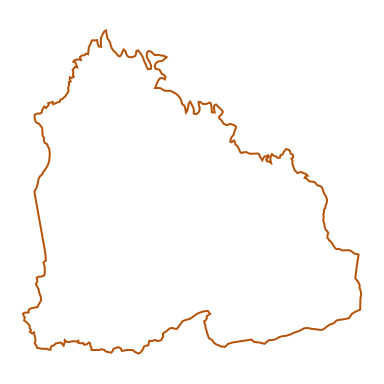 outline of Planalto da Serra, Mato Grosso, Brazil
{"feature_id": "56859067B32925351179449", "entity_name": "Planalto da Serra", "entity_type": "district", "adm_level": 2, "iso_a3": "BRA", "parent_name": "Brazil", "parent_adm1": "Mato Grosso", "projection": "robinson", "projection_center": [-54.674, -14.541], "detail": "fine", "context": "isolated", "style": "outline", "palette": "amber", "viewbox_px": 384, "rotation_deg": 0, "n_neighbors": 0, "source": "geoboundaries", "source_scale": "gbopen_adm2", "svg_char_len": 5855}
<svg xmlns="http://www.w3.org/2000/svg" viewBox="0 0 384 384"><path d="M253.7,341.8L256.5,342.3L259.1,342.4L264.5,343.8L267.9,340.9L269.8,340.0L271.9,340.2L273.6,339.7L275.6,339.3L279.4,337.0L282.5,336.2L286.0,335.8L291.1,334.2L293.4,332.9L298.8,331.1L301.4,329.8L304.4,328.2L307.5,328.0L309.9,328.4L311.5,328.9L316.1,329.3L320.3,329.9L322.4,329.8L324.8,328.3L326.9,326.5L330.0,324.5L333.6,323.4L335.4,321.5L336.9,320.4L338.7,319.9L342.4,319.5L348.8,318.3L352.0,313.8L354.4,312.2L360.2,309.6L360.4,299.3L361.0,294.7L360.9,291.9L360.3,289.8L359.5,287.8L359.7,285.4L358.9,283.3L357.8,281.4L355.3,278.4L356.8,265.7L358.6,254.7L357.1,254.1L354.1,253.4L351.4,251.2L349.8,250.4L348.2,250.2L342.7,250.5L338.9,248.9L337.0,249.2L335.1,248.2L331.9,243.1L330.9,241.7L329.3,240.6L328.5,239.0L327.4,237.8L327.5,235.2L328.3,233.0L327.0,231.0L325.5,229.5L324.7,226.8L324.2,223.4L323.2,220.3L323.7,217.7L323.4,214.5L323.9,212.3L324.0,209.8L325.4,207.8L325.6,205.5L326.8,202.7L327.0,199.4L325.8,196.0L324.3,194.0L322.0,187.4L319.9,185.9L318.2,185.8L316.2,184.0L314.6,182.1L312.1,181.6L309.5,181.4L308.0,180.2L306.2,178.2L304.7,177.9L305.9,176.0L307.6,175.7L305.8,173.8L303.8,173.3L301.4,172.0L299.8,172.3L297.5,173.1L294.4,169.9L293.8,167.7L292.3,163.6L292.6,160.7L291.4,158.7L293.2,157.4L292.7,154.6L290.6,153.6L290.0,151.0L288.8,149.8L286.0,149.1L284.0,151.6L282.5,154.5L280.5,155.2L279.9,157.7L277.7,158.0L276.4,156.6L273.5,155.6L272.0,154.1L270.7,156.3L270.4,159.7L271.1,163.0L269.0,161.5L267.0,161.4L266.1,159.5L267.5,158.1L268.7,156.6L267.9,155.1L266.2,156.6L264.7,156.3L263.5,157.8L262.3,160.3L260.8,157.9L259.7,156.4L259.4,154.6L257.8,153.5L250.9,153.8L248.6,153.3L246.3,152.1L243.8,152.3L241.4,153.0L240.1,151.8L239.4,150.1L238.2,147.6L237.1,145.9L235.5,144.7L235.0,142.5L233.9,140.4L231.7,142.2L230.2,141.6L230.8,139.1L231.7,137.1L233.6,134.7L234.8,130.6L235.7,128.4L236.0,126.5L234.2,125.2L230.1,123.9L226.8,125.2L223.7,123.8L221.1,119.9L219.2,118.4L219.2,116.4L222.0,113.9L222.8,111.9L222.0,110.3L216.0,104.5L214.5,105.3L213.9,107.0L214.7,112.5L211.9,112.3L211.5,106.9L210.8,103.5L209.4,102.6L206.8,103.8L204.8,104.1L202.6,103.8L200.5,102.1L198.6,102.0L199.0,105.6L199.6,107.5L199.6,109.6L199.1,111.4L198.0,112.9L196.2,114.2L193.7,113.5L193.9,110.0L193.3,107.7L191.7,104.5L190.2,101.7L188.6,103.7L188.4,106.2L187.8,107.9L187.2,110.9L186.0,112.6L185.0,107.5L184.3,105.6L182.0,103.8L181.7,102.0L180.2,98.0L178.0,95.5L175.7,93.5L172.2,91.6L170.0,90.8L165.8,90.8L164.2,90.5L160.7,88.3L158.8,88.0L155.0,88.0L158.0,80.9L159.0,79.4L160.3,78.1L162.9,78.2L164.8,79.4L165.6,77.0L164.5,75.3L161.8,73.8L159.4,69.6L155.6,68.9L154.6,66.0L155.7,63.5L157.9,61.5L160.9,61.2L162.6,60.6L164.0,59.5L166.6,57.1L162.9,55.5L160.8,55.5L158.6,54.8L155.0,55.1L153.4,53.9L151.4,51.8L148.9,50.9L147.3,52.1L146.7,55.0L147.4,58.4L149.7,62.2L151.1,65.6L151.0,68.7L148.1,69.3L146.8,67.4L145.8,64.5L144.0,60.7L143.2,58.1L142.2,56.1L140.3,53.1L138.0,50.3L136.4,51.0L135.9,54.4L135.0,56.1L131.6,57.3L129.0,57.0L127.3,56.0L126.4,54.2L125.5,51.2L123.6,49.5L122.1,52.6L121.3,54.8L119.9,56.3L118.3,55.9L115.6,52.6L113.3,50.5L111.9,48.5L110.9,46.0L110.1,42.6L108.9,40.3L107.8,38.8L107.1,37.2L106.0,30.4L104.3,31.5L102.9,33.7L101.0,37.8L100.8,41.6L101.1,46.8L98.9,46.5L97.7,44.0L97.1,40.1L94.5,40.5L92.3,40.2L91.2,41.7L90.4,44.3L88.8,47.3L88.1,54.2L85.7,53.7L84.6,55.2L81.9,55.5L80.0,57.0L80.9,60.0L78.3,59.4L74.8,60.0L73.4,61.7L75.4,62.4L77.3,67.4L74.8,66.9L73.7,68.8L72.6,70.0L73.4,72.4L72.8,75.1L73.8,76.8L71.5,78.0L69.9,77.3L69.7,79.2L70.7,81.4L68.8,82.1L69.2,84.3L68.1,88.1L68.6,90.2L68.0,92.3L66.6,94.2L65.7,95.9L62.1,99.2L60.5,99.6L59.7,101.7L56.7,102.7L55.1,103.5L53.1,104.2L52.7,101.9L50.0,102.8L48.2,103.1L48.8,104.9L46.1,108.0L44.3,106.5L41.9,110.6L41.8,112.5L39.9,113.6L37.8,113.4L34.6,114.7L34.6,117.4L35.0,120.0L36.2,122.5L38.6,123.4L40.1,125.1L42.1,127.8L42.4,131.2L42.5,135.5L43.9,137.6L43.8,140.7L44.9,143.0L47.1,144.2L47.7,145.9L49.2,148.8L49.6,152.1L49.8,154.8L49.4,158.0L49.2,161.1L47.4,166.0L46.4,167.7L44.7,170.2L43.3,171.8L42.4,174.2L40.4,175.9L38.9,178.1L38.1,181.2L37.5,184.7L36.2,188.5L34.5,191.3L34.6,193.2L45.2,252.3L45.9,260.4L43.5,262.3L44.7,267.1L44.8,273.1L44.1,275.5L41.3,276.6L38.7,276.7L36.7,277.6L37.3,280.0L37.1,282.2L35.9,283.8L36.9,286.1L38.5,289.1L39.5,293.6L40.7,296.4L41.1,300.3L38.1,305.6L37.4,307.2L35.7,307.3L33.4,307.9L31.4,308.2L28.8,309.7L28.6,312.5L24.3,312.7L23.0,313.9L23.6,315.6L24.8,317.7L24.1,320.4L26.1,321.9L28.0,323.6L29.5,325.7L30.0,328.9L31.1,330.3L29.9,331.9L32.2,333.5L33.9,332.4L35.2,337.8L35.5,341.1L34.6,343.3L36.0,345.1L37.3,348.0L41.9,348.7L44.6,348.9L46.8,348.7L48.3,349.6L50.6,349.6L50.7,347.6L51.7,346.0L54.3,345.2L55.6,343.5L59.5,342.7L61.1,342.7L62.5,344.4L63.6,345.6L64.4,343.2L64.8,340.1L66.8,341.9L68.8,342.1L71.1,341.5L73.9,341.2L76.6,341.6L78.3,340.7L78.4,342.9L80.6,343.3L83.2,343.1L84.1,344.8L86.7,344.3L89.1,342.5L90.2,343.7L90.3,345.9L91.4,347.5L91.4,349.9L93.3,350.1L95.9,349.9L99.3,350.1L100.9,349.2L104.4,349.9L105.6,351.4L110.9,352.7L112.5,351.4L113.5,348.7L115.8,348.1L117.7,347.2L119.3,347.5L121.1,348.8L121.8,350.9L123.8,350.7L125.6,350.1L132.8,350.0L134.8,351.9L136.8,352.7L138.3,353.6L140.3,352.7L141.4,351.4L142.9,349.3L144.0,346.5L146.2,345.6L148.3,345.3L149.3,340.9L151.8,341.0L153.3,340.6L155.3,339.9L157.0,341.0L159.6,340.7L161.4,339.9L162.1,338.0L163.2,336.7L162.9,333.7L164.7,332.3L166.4,331.2L169.8,328.4L172.1,327.9L174.2,328.6L176.9,328.9L182.7,321.1L184.8,320.3L188.3,319.2L190.2,318.7L197.5,313.5L202.7,311.6L207.8,310.8L210.1,314.0L208.3,314.9L206.7,316.3L206.8,318.4L205.8,320.2L204.1,321.2L204.7,323.9L205.5,325.7L205.5,327.8L206.4,330.1L207.2,333.3L208.2,336.1L209.1,338.4L211.1,339.3L212.5,340.4L213.7,342.6L215.8,344.1L217.3,344.9L219.0,345.4L220.7,346.5L223.0,346.5L224.6,347.0L226.3,345.7L227.8,344.0L232.9,342.4L251.6,339.6L253.7,341.8Z" fill="none" stroke="#b45309" stroke-width="2"/></svg>